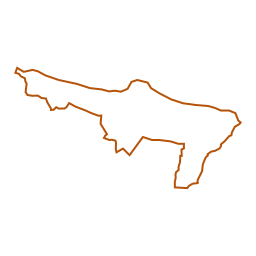 Loíza, Puerto Rico
{"feature_id": "32010507B12754205522862", "entity_name": "Loíza", "entity_type": "district", "adm_level": 2, "iso_a3": "PRI", "parent_name": "Puerto Rico", "parent_adm1": "", "projection": "orthographic", "projection_center": [-65.903, 18.42], "detail": "fine", "context": "isolated", "style": "outline", "palette": "amber", "viewbox_px": 256, "rotation_deg": 0, "n_neighbors": 0, "source": "geoboundaries", "source_scale": "gbopen_adm2", "svg_char_len": 1700}
<svg xmlns="http://www.w3.org/2000/svg" viewBox="0 0 256 256"><path d="M116.5,152.3L123.0,148.6L128.6,154.2L129.6,155.1L142.9,137.0L152.0,140.0L154.7,140.0L159.2,140.0L170.6,141.4L178.4,143.8L183.9,143.8L183.9,148.4L181.5,149.5L181.7,155.9L180.3,155.8L180.0,162.2L178.5,167.1L178.7,169.9L176.1,172.2L175.5,174.3L175.7,177.8L174.8,181.9L174.9,187.4L180.1,187.7L187.3,188.1L188.9,185.9L192.6,183.7L197.6,183.1L197.9,182.6L197.5,181.5L197.7,180.0L202.1,171.1L202.8,164.6L204.6,159.9L205.8,157.3L207.8,155.5L207.6,154.2L211.2,151.6L215.1,150.8L219.6,148.4L220.8,146.5L221.1,144.2L224.6,141.3L229.3,136.0L231.4,135.3L231.9,132.4L234.8,126.8L238.9,124.4L240.1,123.4L240.6,122.4L238.3,120.6L235.4,113.1L231.3,111.5L231.1,111.4L228.9,110.5L226.4,110.5L223.6,110.5L220.8,110.5L214.9,107.9L212.8,107.3L212.6,107.2L208.1,106.0L205.7,105.8L195.8,105.0L191.5,104.4L184.6,103.5L183.4,103.4L179.8,102.2L179.7,102.2L174.7,100.5L172.7,99.9L171.4,99.5L159.4,93.3L158.7,92.9L151.0,88.1L149.4,85.4L149.2,85.2L147.7,82.6L141.7,81.1L137.3,80.0L134.2,81.0L133.9,81.1L131.5,81.9L127.6,88.8L120.8,91.7L114.9,90.7L109.1,91.4L101.6,89.4L89.9,88.1L76.9,83.9L58.8,80.0L45.4,75.4L37.7,71.2L32.5,69.9L24.9,71.6L23.7,71.8L22.8,71.3L17.2,67.9L16.0,71.0L15.7,72.0L15.5,72.5L15.4,72.8L19.1,73.9L20.7,76.2L24.9,78.3L25.3,81.1L26.6,83.8L25.6,92.1L27.5,95.0L32.4,95.8L36.8,95.6L38.0,95.7L41.5,98.0L45.9,98.5L47.3,102.3L50.8,108.3L51.0,110.0L53.7,109.7L56.2,107.2L58.8,108.6L64.6,108.5L66.6,107.0L69.1,103.1L75.7,106.7L85.4,110.4L90.8,112.9L98.3,115.7L101.3,115.6L100.6,123.9L107.0,134.2L105.0,135.9L104.0,138.0L109.8,140.1L111.5,139.7L115.4,140.6L116.0,142.6L115.8,149.4L116.5,152.3Z" fill="none" stroke="#b45309" stroke-width="2"/></svg>